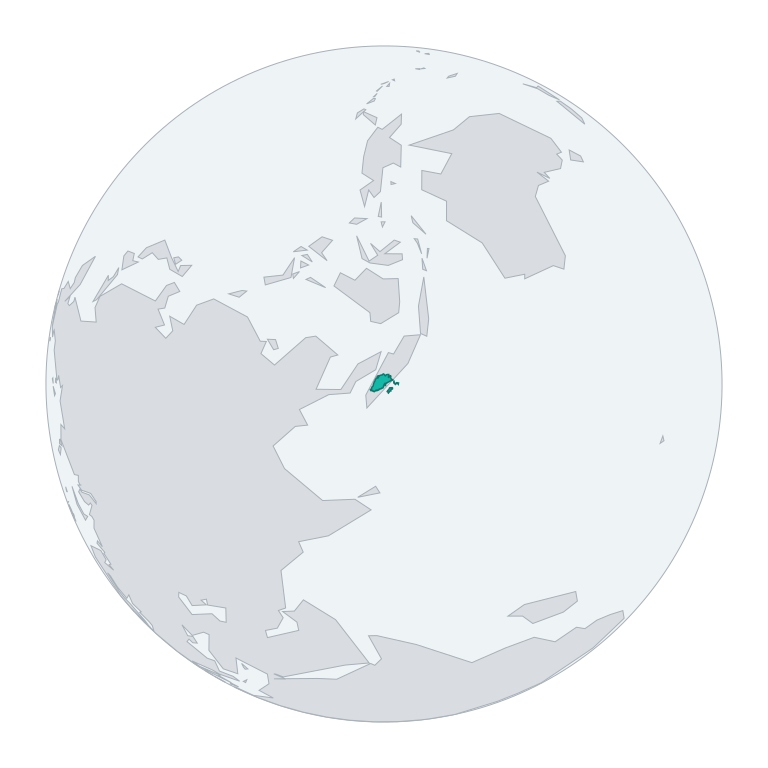 Sumatera Utara on an orthographic globe, rotated 259°
{"feature_id": "IDN-381", "entity_name": "Sumatera Utara", "entity_type": "Province", "adm_level": 1, "iso_a3": "IDN", "parent_name": "Indonesia", "parent_adm1": "", "projection": "orthographic", "projection_center": [98.746, 1.854], "detail": "fine", "context": "on_globe", "style": "filled", "palette": "teal", "viewbox_px": 768, "rotation_deg": 259, "n_neighbors": 0, "source": "natural_earth", "source_scale": "10m", "svg_char_len": 12230}
<svg xmlns="http://www.w3.org/2000/svg" viewBox="0 0 768 768"><g transform="rotate(259 384 384)"><circle cx="384" cy="384" r="338" fill="#eef3f6" stroke="#a8b0b8"/><path d="M704.9,479.1L704.3,481.5L704.1,481.8L704.9,479.1ZM524.6,76.7L523.0,76.0L522.4,75.7L524.6,76.7ZM508.6,69.9L508.2,69.7L507.8,69.6L508.6,69.9ZM537.5,83.0L533.3,81.0L535.7,82.1L537.5,83.0ZM529.6,79.4L519.7,75.8L525.3,78.7L503.9,69.4L519.4,74.9L521.5,75.4L524.4,76.9L529.6,79.4ZM493.7,65.3L489.7,64.1L491.9,64.5L493.7,65.3ZM114.3,180.3L115.4,179.2L114.0,181.6L103.3,196.4L96.9,215.5L107.1,202.9L111.7,213.9L121.5,214.2L143.3,186.4L127.5,185.2L135.1,171.9L156.0,161.3L171.4,164.5L174.8,159.5L173.8,147.8L186.2,139.7L174.4,143.3L172.6,148.3L165.3,151.2L166.5,146.9L170.8,143.9L168.7,141.5L148.6,158.1L144.6,165.0L133.6,167.7L125.9,180.0L119.8,185.6L130.5,167.3L136.2,160.8L148.8,142.7L141.8,149.5L129.5,167.6L129.4,166.1L119.9,177.2L127.1,167.7L142.4,147.9L140.9,149.2L160.9,130.2L182.3,112.9L183.1,112.3L200.5,100.4L203.7,98.6L192.5,105.9L185.6,111.0L191.0,110.5L195.7,108.0L206.5,100.7L206.7,102.2L216.5,95.3L225.7,93.3L222.7,90.6L235.4,83.7L247.7,78.9L251.4,76.6L231.2,84.5L223.7,88.4L218.0,92.2L197.0,104.4L192.4,106.6L212.4,93.2L208.2,95.4L226.5,85.0L269.3,67.7L281.2,65.5L274.5,74.3L264.5,77.7L262.0,75.8L252.8,83.1L259.1,79.7L259.2,81.5L271.3,76.7L272.0,77.8L282.5,71.9L284.7,72.8L278.0,76.5L297.8,71.8L305.6,73.4L309.8,71.9L312.0,69.9L320.5,74.2L323.2,73.0L321.5,71.0L325.7,67.6L336.5,63.7L338.8,65.4L335.3,67.0L331.3,73.6L321.4,78.6L323.5,79.0L332.6,75.2L337.5,66.9L343.3,64.3L342.4,67.6L343.2,66.2L346.8,65.4L352.6,66.5L354.2,62.8L391.0,56.3L405.9,59.1L401.0,62.0L429.2,62.8L443.8,68.1L442.2,65.9L454.6,66.3L450.2,64.6L450.3,63.7L480.2,66.7L489.0,69.6L500.0,70.6L499.1,69.9L493.2,67.6L503.9,69.4L525.3,78.7L526.1,79.8L538.9,85.8L538.9,88.1L544.9,93.6L537.5,94.2L542.8,99.4L547.3,101.3L557.9,110.6L564.4,125.1L539.6,104.7L526.0,86.4L529.9,92.5L523.2,89.0L521.0,90.1L524.2,95.3L528.2,97.2L503.6,98.5L499.7,113.3L514.1,114.9L524.2,121.9L532.4,145.6L509.1,175.4L522.2,189.3L523.7,197.6L513.8,201.2L511.3,189.0L500.4,183.3L500.6,176.5L483.8,179.8L483.3,170.3L470.5,178.5L476.5,186.8L491.4,186.6L480.6,199.1L497.1,215.1L500.0,233.1L475.8,262.8L449.6,270.7L448.2,276.6L437.3,269.0L423.5,280.1L444.4,316.0L444.0,326.2L421.3,344.2L420.7,336.5L391.8,316.3L386.8,340.6L408.7,362.3L416.3,387.3L399.6,378.6L391.8,356.8L381.6,349.0L384.1,327.7L375.1,296.1L358.2,301.2L359.3,288.8L344.3,263.3L319.9,270.2L281.3,301.5L276.4,333.5L262.9,347.3L245.6,300.5L245.5,270.1L234.4,272.6L220.6,247.3L182.9,244.7L181.8,237.1L173.8,240.4L164.7,232.7L164.7,220.6L157.3,221.2L158.4,253.3L166.9,253.1L180.0,241.1L178.2,252.7L187.5,263.7L161.9,291.5L113.0,316.2L115.5,292.4L115.7,229.3L119.8,222.6L120.1,221.9L120.5,220.5L113.1,231.4L115.6,219.7L107.7,262.3L103.2,281.2L112.2,317.6L109.6,321.3L114.7,329.1L139.8,320.8L138.4,328.9L122.1,366.0L93.7,417.1L101.7,452.7L106.7,483.1L98.3,502.8L108.5,526.5L105.5,534.6L111.6,548.0L114.5,562.1L116.0,575.2L108.2,575.0L100.3,562.8L85.1,538.9L60.7,481.4L54.7,455.4L50.9,435.1L46.1,390.6L46.6,366.1L47.2,356.6L50.0,332.9L54.4,309.4L60.5,286.3L68.2,263.7L77.5,241.7L88.3,220.4L100.6,199.9L114.3,180.3ZM180.2,183.6L194.3,186.0L200.7,168.7L206.7,168.6L206.7,163.2L201.1,167.5L203.1,153.4L213.7,149.5L218.6,142.8L214.1,141.8L194.3,151.6L191.3,171.3L182.6,177.8L180.2,183.6ZM118.8,176.1L118.9,176.7L120.4,176.0L114.4,183.5L118.8,176.1ZM128.8,162.6L129.8,161.6L122.1,170.8L122.0,170.6L128.8,162.6ZM136.9,153.7L130.5,160.8L133.9,156.9L136.9,153.7ZM194.1,105.0L196.0,104.0L193.6,105.7L189.5,108.4L194.1,105.0ZM307.7,55.5L310.5,54.6L312.6,54.2L323.3,51.8L326.2,51.6L320.9,53.0L307.7,55.5ZM136.9,190.9L130.3,196.0L130.5,193.3L132.7,192.1L136.9,190.9ZM118.9,189.2L119.9,192.9L117.3,191.2L118.9,189.2ZM312.6,54.9L316.7,53.8L315.6,54.5L312.6,54.9ZM328.9,51.4L328.7,51.9L327.8,51.3L328.9,51.4ZM273.0,643.7L279.8,647.8L274.9,648.0L273.0,643.7ZM140.7,479.7L143.7,532.6L134.0,532.4L125.9,516.6L120.5,484.4L129.7,475.8L132.5,461.4L140.7,479.7ZM499.2,450.2L508.8,452.5L508.4,454.0L499.2,450.2ZM489.2,443.9L500.3,445.3L487.1,447.3L489.2,443.9ZM504.6,445.8L516.0,443.6L520.9,441.4L519.9,444.7L504.6,445.8ZM481.5,443.5L439.4,440.3L422.7,435.1L426.7,429.5L453.9,432.7L481.5,443.5ZM425.4,429.2L399.6,411.4L363.7,362.6L376.6,364.0L414.0,394.3L411.6,399.1L427.2,412.9L425.4,429.2ZM487.3,403.2L484.8,418.0L461.7,415.1L451.2,412.0L443.9,392.3L448.0,382.9L456.7,383.8L489.8,353.6L501.5,362.4L491.4,375.3L500.9,388.9L487.3,403.2ZM277.8,336.6L285.2,356.3L277.9,359.2L277.8,336.6ZM502.7,332.2L489.7,345.1L501.5,327.4L502.7,332.2ZM509.4,315.4L510.5,322.5L504.9,315.2L509.4,315.4ZM448.3,286.0L439.1,287.0L438.7,282.2L450.2,278.1L448.3,286.0ZM502.1,248.8L502.9,262.5L501.4,267.0L496.8,258.4L502.1,248.8ZM343.1,58.2L324.9,61.1L313.8,64.5L310.5,67.9L307.3,65.0L324.5,59.7L343.1,58.2ZM384.9,56.0L387.6,54.1L391.6,54.9L391.6,55.5L384.9,56.0ZM382.9,54.9L376.5,52.9L381.5,51.8L385.5,53.6L382.9,54.9ZM343.9,51.9L338.3,52.6L339.4,51.9L343.9,51.9ZM628.5,607.7L628.0,611.0L618.6,620.1L607.5,628.9L600.7,630.7L628.5,607.7ZM564.0,622.1L568.3,610.0L578.4,610.4L570.3,620.5L564.0,622.1ZM635.9,601.0L644.5,591.2L652.2,577.5L645.8,590.3L647.1,592.1L629.4,610.5L635.9,601.0ZM539.2,568.3L475.3,586.5L462.4,582.5L467.9,572.8L460.4,542.2L464.9,543.1L464.8,522.9L503.8,507.3L532.4,476.5L551.5,480.3L567.5,458.1L586.4,461.9L579.3,479.9L597.2,494.5L613.7,454.3L620.2,500.7L630.1,518.9L627.6,548.7L593.3,594.7L577.7,602.4L576.7,597.4L569.8,601.7L561.8,598.4L561.2,581.7L554.2,586.0L562.8,574.6L551.7,584.3L549.4,573.5L539.2,568.3ZM672.3,504.4L673.8,506.2L674.9,515.1L672.5,512.8L672.3,504.4ZM700.5,486.9L700.0,491.1L698.8,491.3L700.5,486.9ZM704.1,481.8L702.7,482.6L704.9,479.1L704.1,481.8ZM686.3,480.3L686.7,483.5L685.9,484.3L686.3,480.3ZM685.8,479.2L687.5,474.9L686.7,479.5L685.8,479.2ZM679.6,452.3L681.0,450.3L681.4,452.2L679.6,452.3ZM523.0,453.8L536.8,443.1L544.0,442.8L523.0,453.8ZM678.2,446.9L675.1,445.8L675.6,443.5L678.2,446.9ZM678.9,441.4L678.8,438.0L680.1,446.3L678.9,441.4ZM673.1,432.5L676.8,439.4L672.6,433.1L673.1,432.5ZM670.6,432.8L667.8,429.6L668.0,428.6L670.6,432.8ZM634.3,430.8L645.6,452.7L635.7,450.4L624.9,436.4L615.1,446.5L593.8,441.8L599.1,435.3L596.5,424.2L573.6,417.2L569.0,409.8L577.4,406.0L561.9,398.8L579.0,397.5L585.7,412.6L595.2,402.6L611.0,407.4L625.9,414.3L637.2,426.9L634.3,430.8ZM578.5,429.0L581.4,429.4L578.6,433.4L578.5,429.0ZM662.3,420.4L666.4,428.3L665.8,430.0L663.7,428.5L662.3,420.4ZM639.9,424.9L652.4,415.1L655.2,415.9L646.8,427.9L639.9,424.9ZM649.7,406.9L655.2,409.6L657.9,416.8L656.7,418.5L649.7,406.9ZM543.7,412.1L543.0,416.0L538.4,412.4L543.7,412.1ZM549.6,410.3L563.1,416.0L548.3,413.5L549.6,410.3ZM507.5,392.8L511.6,402.4L524.6,397.6L514.7,405.3L523.3,421.5L520.1,427.1L511.7,409.6L508.3,426.6L502.5,425.9L499.6,410.8L505.5,393.3L511.3,386.4L534.7,385.4L507.5,392.8ZM549.6,398.8L546.0,387.6L548.7,380.7L552.6,386.8L549.6,398.8ZM534.9,360.9L524.8,347.8L515.9,351.7L533.5,336.4L540.3,351.3L534.9,360.9ZM525.8,333.5L517.5,336.9L525.8,327.9L525.8,333.5ZM515.2,332.7L513.9,324.2L520.6,325.9L515.2,332.7ZM530.1,334.2L531.1,320.2L534.8,328.8L530.1,334.2ZM510.2,305.6L525.1,320.3L506.3,313.0L503.9,286.4L511.8,286.5L510.2,305.6ZM544.1,209.1L541.3,202.3L548.0,201.7L548.0,206.5L544.1,209.1ZM567.1,196.3L548.8,199.5L533.7,203.4L539.1,207.0L537.2,217.9L528.0,206.5L537.5,195.6L549.2,194.9L549.4,186.2L557.1,181.6L552.9,170.6L555.7,166.8L563.1,176.8L567.1,196.3ZM550.6,166.1L546.1,148.5L559.4,153.1L563.4,158.0L559.8,163.8L553.0,160.9L550.6,166.1ZM548.9,145.9L542.2,143.2L521.6,118.0L520.5,114.1L543.3,134.2L538.2,133.0L541.0,138.8L548.9,145.9ZM491.8,65.1L489.9,64.2L493.7,65.5L491.8,65.1ZM447.6,62.7L448.5,61.8L452.8,62.9L447.6,62.7ZM453.2,60.1L447.6,59.4L452.5,59.4L453.2,60.1ZM435.4,58.4L445.0,58.8L437.2,59.6L435.4,58.4Z" fill="#d9dde1" stroke="#a8b0b8" stroke-width="1"/><path d="M386.4,393.4L386.4,393.2L386.1,392.9L386.3,392.6L386.2,391.9L386.1,391.5L386.1,391.4L385.9,391.2L385.8,391.3L385.7,391.1L385.8,390.6L385.7,390.4L385.5,390.1L385.4,390.0L385.4,389.9L385.4,389.7L385.0,388.3L384.5,387.3L384.5,387.2L384.6,386.9L384.3,386.6L384.2,386.4L384.1,386.1L383.9,386.0L383.8,385.7L384.0,385.8L384.3,385.6L384.4,385.4L384.5,385.1L384.4,385.0L384.2,385.0L384.2,384.9L384.2,384.7L383.9,384.4L383.8,384.5L383.8,384.8L383.7,384.7L383.0,383.8L382.8,383.5L382.2,383.2L381.7,383.1L381.5,382.9L381.2,382.9L381.1,382.7L380.8,382.5L380.5,382.2L380.2,382.0L380.4,381.2L380.2,380.6L379.9,380.4L379.8,380.0L379.8,379.7L379.8,379.3L380.0,379.2L379.9,378.9L379.9,378.7L380.0,378.4L379.9,378.3L379.8,378.2L379.6,378.2L379.4,377.9L379.2,377.8L379.1,377.7L379.1,377.4L379.0,376.8L379.2,376.7L379.3,376.5L379.2,376.4L379.1,376.2L379.0,375.9L378.8,375.8L378.8,375.7L379.3,375.6L379.5,375.3L379.5,375.1L379.2,374.9L379.0,374.6L379.1,374.4L378.8,373.9L378.7,373.8L378.6,373.4L378.3,373.0L378.3,372.9L378.9,372.4L379.0,372.2L378.9,372.0L379.0,371.8L379.3,371.8L379.6,371.5L379.7,371.2L379.8,370.7L379.9,370.3L380.0,370.2L380.0,369.9L380.3,369.8L380.4,369.7L380.7,369.6L381.2,369.6L381.2,370.2L380.7,370.3L380.7,370.5L380.9,370.5L381.0,370.5L381.2,370.3L381.4,370.9L381.7,370.8L381.9,370.8L382.0,370.9L382.2,371.0L382.4,371.1L382.6,371.3L382.8,371.3L383.0,371.5L383.6,371.9L383.7,372.1L383.7,372.3L383.8,372.5L384.3,373.0L384.9,373.2L385.2,373.3L385.5,373.5L385.8,373.6L386.1,373.8L386.6,374.0L387.1,374.4L387.7,374.8L387.8,374.9L388.0,374.9L388.0,375.0L388.4,375.3L388.5,375.5L388.8,375.8L389.0,375.9L389.5,376.0L389.8,376.1L390.1,376.5L390.4,376.8L390.5,377.0L390.9,377.2L391.0,377.4L391.3,377.5L391.4,378.4L391.4,378.5L391.2,378.7L391.2,378.9L391.1,379.0L391.3,379.1L391.3,379.3L391.4,379.5L391.5,379.6L391.5,379.4L391.5,379.1L391.2,379.0L391.3,378.9L391.5,378.8L391.8,379.1L391.8,379.4L392.0,379.8L392.1,380.0L392.2,379.9L392.1,379.6L392.1,379.2L392.3,379.0L392.6,378.9L392.6,379.0L392.8,379.2L392.9,379.4L393.0,379.7L393.2,379.8L393.1,380.2L393.0,381.0L393.1,381.4L393.2,382.1L393.3,382.7L393.3,382.9L393.1,383.4L393.1,383.6L393.2,383.8L393.5,384.1L393.7,384.6L394.0,385.1L394.0,385.3L393.9,385.6L393.5,385.9L392.0,386.6L391.9,386.7L391.8,386.8L392.1,387.2L392.2,387.3L392.2,387.5L392.6,387.9L392.7,388.1L392.7,388.3L392.6,388.6L392.7,389.1L392.6,389.8L392.4,390.1L392.4,390.3L392.4,390.5L392.1,390.5L391.9,390.4L391.7,390.3L391.2,390.1L390.8,390.0L390.5,389.8L390.4,389.8L390.2,389.9L389.9,389.8L389.7,389.7L389.6,389.8L389.8,390.1L390.2,390.3L390.3,390.8L390.6,391.0L390.7,391.3L390.9,391.6L390.9,391.8L390.9,392.0L390.7,392.1L390.3,392.2L390.1,392.1L389.6,392.0L389.4,391.8L389.2,391.7L388.9,391.6L388.7,391.7L388.1,392.0L387.8,392.0L387.6,392.1L387.1,392.7L386.4,393.4ZM379.2,389.1L379.2,389.3L379.1,389.5L379.1,389.4L379.0,389.6L379.0,389.8L379.0,390.1L379.0,390.4L378.9,390.7L378.9,391.1L378.9,391.3L378.6,391.6L378.4,391.6L378.2,391.6L377.9,391.5L377.7,391.4L377.8,391.3L377.7,391.1L377.6,390.7L377.4,390.4L377.3,390.1L377.1,389.9L376.6,389.5L376.6,389.4L376.3,389.3L376.0,389.4L376.0,388.9L375.9,388.7L375.6,388.2L375.3,387.9L375.3,387.7L375.2,387.6L375.1,387.4L374.9,387.3L374.7,387.0L374.5,386.8L374.3,386.7L374.2,386.6L374.3,386.5L374.5,386.5L375.1,386.6L375.3,386.5L375.6,386.2L375.7,385.9L375.8,385.8L375.9,386.0L376.0,386.0L376.3,386.1L376.6,386.2L376.6,386.3L376.8,386.5L377.2,387.0L377.3,387.1L377.3,387.4L377.8,387.9L377.9,388.0L378.2,388.1L378.4,388.2L378.5,388.4L378.6,388.6L379.0,388.7L379.0,388.8L379.2,389.1ZM382.6,397.6L382.6,397.8L382.6,398.1L382.6,398.3L382.5,398.1L382.4,398.2L382.2,398.0L382.1,398.4L381.9,398.3L381.5,398.1L381.2,398.0L381.4,397.9L381.6,398.0L381.7,397.5L381.7,397.1L381.9,396.8L382.1,396.7L382.1,396.4L382.3,396.5L382.5,396.9L382.6,397.1L382.6,397.3L382.6,397.6ZM382.4,395.9L382.5,396.1L382.9,396.6L382.9,396.8L382.8,397.0L382.6,396.8L382.0,395.9L381.9,395.8L381.7,395.4L381.6,395.2L381.4,395.0L381.5,394.9L382.0,395.0L382.4,395.6L382.4,395.9ZM382.8,394.0L383.1,393.9L383.3,393.9L383.6,393.9L383.8,393.9L384.0,394.0L384.4,394.0L384.5,394.1L384.6,394.3L384.1,394.4L383.9,394.5L383.7,394.5L383.3,394.4L382.8,394.4L382.7,394.3L382.7,394.1L382.8,394.0ZM382.9,385.0L383.0,385.1L383.1,385.3L382.9,385.4L382.5,385.3L382.3,385.2L382.2,385.2L382.2,384.9L382.3,384.9L382.6,385.1L382.9,385.0Z" fill="#14b8a6" stroke="#0f766e" stroke-width="1.5"/></g></svg>